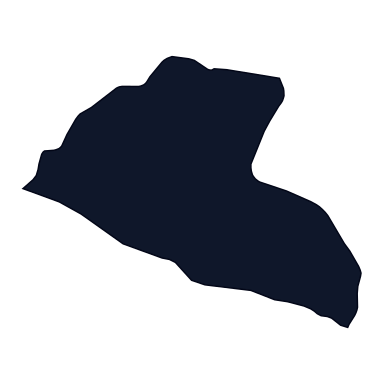 the border of Grand Kru
{"feature_id": "LBR-780", "entity_name": "Grand Kru", "entity_type": "County", "adm_level": 1, "iso_a3": "LBR", "parent_name": "Liberia", "parent_adm1": "", "projection": "mercator", "projection_center": [-8.188, 4.813], "detail": "fine", "context": "isolated", "style": "filled", "palette": "ink", "viewbox_px": 384, "rotation_deg": 0, "n_neighbors": 0, "source": "natural_earth", "source_scale": "10m", "svg_char_len": 1286}
<svg xmlns="http://www.w3.org/2000/svg" viewBox="0 0 384 384"><path d="M347.7,327.4L340.6,325.2L331.6,318.1L327.3,316.5L321.1,315.7L317.3,313.7L314.4,311.2L310.7,308.8L304.0,306.0L287.6,301.7L274.6,299.7L250.9,290.4L204.9,284.8L191.6,280.3L175.4,262.4L169.4,259.4L162.1,258.0L123.1,243.8L81.1,214.0L59.3,201.9L23.0,188.6L33.0,179.8L36.3,175.5L38.1,169.5L39.0,164.0L41.7,154.3L43.1,152.1L44.5,151.0L53.9,150.3L55.9,149.8L59.0,148.6L60.6,147.3L61.8,145.9L67.0,134.5L75.8,119.2L78.2,116.0L80.2,113.9L91.4,107.5L116.4,88.2L117.8,87.5L119.3,86.9L122.2,86.4L138.6,86.5L140.6,86.1L143.7,84.9L145.5,83.5L146.8,81.9L150.0,76.7L162.0,62.2L164.1,60.3L167.2,58.4L172.0,56.6L188.8,58.8L194.3,60.4L207.7,69.4L210.0,70.1L211.8,70.1L214.1,68.8L226.7,69.7L279.4,78.3L283.4,88.3L283.8,90.9L284.0,95.8L283.3,98.3L282.5,100.6L281.3,102.7L278.8,106.0L269.7,121.0L264.2,131.2L250.9,164.1L250.9,167.8L251.3,171.0L251.9,173.1L252.5,175.0L253.3,176.3L255.3,178.9L258.1,181.1L259.6,182.0L286.5,191.0L311.0,201.8L316.5,204.8L319.4,206.8L322.5,209.6L325.3,212.5L327.8,215.6L344.3,243.6L349.8,251.1L358.6,266.4L360.2,270.2L361.0,273.1L360.5,276.3L357.8,286.3L357.2,293.6L357.5,307.3L356.9,310.0L355.9,312.8L354.6,315.5L349.0,324.4L347.7,327.4L347.7,327.4Z" fill="#0f172a" stroke="#020617" stroke-width="1.5"/></svg>